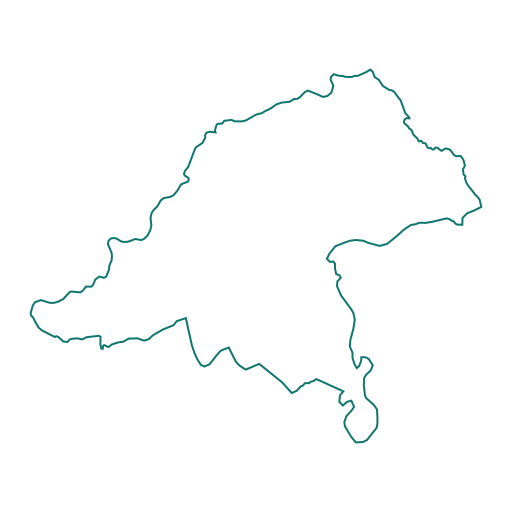 Tshela, Bas-Congo, Democratic Republic of the Congo
{"feature_id": "63176286B47015384768636", "entity_name": "Tshela", "entity_type": "district", "adm_level": 2, "iso_a3": "COD", "parent_name": "Democratic Republic of the Congo", "parent_adm1": "Bas-Congo", "projection": "robinson", "projection_center": [12.976, -4.984], "detail": "fine", "context": "isolated", "style": "outline", "palette": "teal", "viewbox_px": 512, "rotation_deg": 0, "n_neighbors": 0, "source": "geoboundaries", "source_scale": "gbopen_adm2", "svg_char_len": 5259}
<svg xmlns="http://www.w3.org/2000/svg" viewBox="0 0 512 512"><path d="M367.0,440.0L371.6,434.1L376.6,427.9L377.4,424.0L377.4,417.2L377.0,409.5L374.3,405.5L370.0,401.5L366.1,398.0L365.0,395.4L363.8,385.5L364.2,377.8L366.5,374.4L370.8,370.3L372.7,365.2L368.8,359.1L365.7,357.3L361.4,357.2L361.1,361.0L359.1,366.1L356.8,368.1L354.5,364.2L352.5,357.7L352.5,352.6L349.8,346.5L350.4,339.9L353.3,329.1L354.8,319.7L353.3,312.8L350.9,308.8L347.1,303.7L340.9,295.2L337.0,286.1L337.4,281.4L340.8,277.7L339.3,275.1L336.2,274.1L335.0,268.5L335.0,263.8L333.5,261.6L330.0,261.9L326.9,258.8L329.6,253.3L335.4,246.2L343.5,243.0L350.1,240.7L355.9,240.0L363.3,240.7L368.7,243.0L376.0,244.9L379.5,245.9L386.9,244.0L391.1,240.7L396.2,236.5L400.0,233.2L403.1,230.3L406.3,228.0L407.8,227.0L410.9,225.0L415.1,224.3L419.8,222.7L425.6,222.9L432.2,221.8L441.8,219.5L446.9,218.4L450.0,219.4L450.6,219.9L451.1,220.5L452.8,220.8L456.4,224.4L459.0,224.6L462.3,224.8L462.5,218.0L467.1,213.3L473.5,210.8L481.3,206.9L479.6,199.6L477.9,197.3L475.3,194.7L473.1,191.8L470.9,189.1L468.4,186.0L466.2,182.4L465.2,179.2L464.9,178.5L465.1,177.7L465.5,176.4L464.1,174.9L463.6,174.4L463.1,170.9L462.9,169.4L463.7,168.0L464.3,166.8L464.9,165.7L463.5,160.0L461.8,157.5L460.7,156.0L456.5,156.2L454.4,155.4L450.0,149.6L449.5,149.5L447.5,148.8L446.2,148.6L445.3,148.5L441.5,150.9L437.5,147.9L435.5,147.5L433.9,149.4L433.4,149.4L432.4,149.5L430.9,148.0L429.0,148.3L427.3,147.2L426.4,145.2L426.1,144.3L425.3,143.3L423.2,143.1L421.2,140.8L418.7,141.3L418.3,140.5L417.4,138.6L414.8,136.0L413.3,134.5L411.3,129.8L409.5,128.8L408.6,127.4L408.0,126.4L406.7,125.3L406.0,124.7L404.5,123.4L404.1,122.2L404.0,121.7L404.2,120.9L404.8,119.3L405.5,118.8L406.2,118.2L409.4,118.4L409.3,117.6L409.2,117.3L406.7,114.7L405.3,113.2L400.7,100.5L400.0,99.6L399.0,98.3L395.1,93.1L394.1,91.8L393.4,91.3L392.0,90.4L389.3,90.0L387.9,89.1L383.0,86.0L382.0,84.6L381.3,83.6L379.5,81.0L378.6,79.6L376.0,78.0L374.7,77.1L374.4,76.4L372.8,71.9L371.1,70.4L370.2,69.6L366.8,71.8L363.6,73.3L360.4,74.7L357.6,75.9L354.5,75.9L351.9,76.9L348.4,77.0L345.4,76.8L342.9,76.1L340.7,75.9L339.0,75.7L337.2,75.3L335.3,74.7L333.7,74.2L331.0,76.9L330.6,79.5L331.2,80.9L333.2,85.5L332.8,88.1L331.3,92.7L330.5,93.4L327.4,96.0L323.2,96.9L322.8,96.8L320.6,95.9L318.9,95.0L310.2,91.5L308.0,90.6L304.8,92.1L299.9,97.2L297.4,98.8L294.4,99.1L293.7,99.1L293.5,99.3L289.5,101.8L281.6,102.6L277.5,104.0L277.1,104.1L276.9,104.2L276.4,104.4L274.0,106.1L271.2,108.1L270.8,108.3L269.7,108.9L267.4,110.1L266.0,110.6L261.7,113.2L258.8,113.9L255.9,114.7L249.7,118.3L246.5,120.1L245.4,120.5L242.1,121.4L234.6,121.3L231.5,119.9L224.2,120.8L223.5,121.8L222.3,123.5L220.7,123.6L219.8,123.7L217.7,123.9L217.1,124.4L216.5,125.0L214.9,130.5L215.5,132.4L213.6,132.2L210.1,131.7L207.8,132.3L206.5,132.6L205.1,135.1L205.2,137.7L202.5,142.9L198.7,145.5L197.9,146.0L196.0,147.2L195.5,148.0L194.9,149.1L193.0,154.1L191.6,157.9L188.9,165.1L188.1,167.1L184.8,171.1L184.0,174.1L184.8,175.6L188.4,177.9L188.6,178.9L188.8,179.7L188.1,181.0L187.8,181.7L186.2,182.3L182.1,183.9L181.8,184.0L181.1,184.3L180.1,186.0L177.2,191.0L175.3,193.1L173.5,195.2L169.9,197.0L167.6,197.4L163.9,198.0L160.6,200.6L158.9,203.7L157.3,206.4L156.4,207.3L153.8,209.8L152.4,211.8L151.7,213.0L151.4,213.9L150.5,218.1L150.9,221.4L151.4,225.1L150.4,229.7L150.2,230.3L149.5,231.6L147.5,235.6L143.7,239.1L142.9,239.4L141.3,240.1L135.3,239.0L128.1,241.7L124.0,242.0L123.7,241.9L121.6,241.6L116.0,238.3L113.7,238.1L111.7,238.3L111.2,238.3L109.3,240.0L108.6,240.6L107.9,244.1L109.2,247.2L111.6,252.8L111.9,255.7L111.9,256.8L111.7,258.9L111.6,260.5L109.6,264.9L108.8,270.2L106.8,275.2L106.1,276.8L105.9,276.9L103.9,277.8L103.1,277.5L99.4,276.6L95.4,279.4L92.9,285.2L91.1,286.7L89.6,286.7L89.0,286.6L86.0,286.6L83.0,290.5L80.9,292.0L80.3,292.4L71.3,291.5L69.6,292.1L63.3,299.0L60.1,300.7L58.5,301.6L53.7,302.9L49.7,302.8L40.9,300.1L34.8,302.3L32.7,305.8L30.7,312.9L30.9,315.2L33.1,317.6L34.1,319.5L35.3,322.0L36.6,324.2L38.6,327.6L41.8,330.3L45.1,332.0L48.9,334.0L51.3,335.2L54.9,337.0L55.6,336.6L55.8,336.4L56.2,336.2L57.3,336.6L58.3,337.0L62.6,340.9L63.2,341.5L64.4,341.6L67.5,342.0L69.9,339.4L71.9,338.8L77.1,338.3L82.3,339.4L86.5,337.2L99.0,335.8L100.5,336.9L100.4,344.4L101.3,348.5L102.6,348.9L103.1,346.7L103.4,345.5L104.4,345.1L108.4,347.1L110.1,345.8L111.9,344.4L117.7,342.6L118.6,342.3L120.1,342.1L123.0,341.8L128.7,338.6L132.8,338.5L137.3,338.3L144.2,340.6L148.5,339.3L149.3,338.6L153.1,335.2L158.9,331.8L163.4,329.3L164.9,328.7L165.9,328.3L171.2,326.2L173.4,325.3L175.1,323.2L176.7,321.2L182.6,319.2L185.8,318.1L187.1,323.6L188.2,328.9L191.2,342.1L191.8,345.0L194.6,353.4L197.5,359.6L200.8,364.8L204.4,366.5L209.5,364.3L212.8,360.2L216.4,355.6L220.4,351.0L224.0,349.3L228.8,347.6L231.4,352.8L235.8,361.6L237.8,363.8L238.9,365.1L240.4,366.1L242.1,367.3L245.7,369.6L259.2,363.9L275.5,377.0L282.4,382.6L291.7,393.0L296.7,390.8L299.9,387.3L300.8,386.3L301.3,386.2L302.6,385.8L304.2,384.1L305.2,383.1L308.9,383.1L309.3,383.1L310.6,381.8L312.2,381.4L313.8,380.9L316.0,379.3L316.4,379.1L343.3,391.3L340.0,395.4L339.3,401.8L342.9,405.5L346.9,401.9L351.3,400.7L354.1,406.8L351.6,410.4L346.5,416.1L344.3,422.1L345.0,426.4L350.8,436.3L355.8,442.4L363.1,442.0L367.0,440.0Z" fill="none" stroke="#0f766e" stroke-width="2"/></svg>